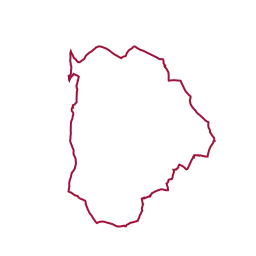 the district of Silivasu De Campie, Bistrita-Nasaud, Romania, rotated 70°
{"feature_id": "2599482B45748047003023", "entity_name": "Silivasu De Campie", "entity_type": "district", "adm_level": 2, "iso_a3": "ROU", "parent_name": "Romania", "parent_adm1": "Bistrita-Nasaud", "projection": "natural_earth1", "projection_center": [24.285, 46.784], "detail": "fine", "context": "isolated", "style": "outline", "palette": "rose", "viewbox_px": 256, "rotation_deg": 70, "n_neighbors": 0, "source": "geoboundaries", "source_scale": "gbopen_adm2", "svg_char_len": 5757}
<svg xmlns="http://www.w3.org/2000/svg" viewBox="0 0 256 256"><g transform="rotate(70 128 128)"><path d="M195.5,193.0L196.8,192.5L197.8,192.2L201.7,191.4L203.6,190.9L204.7,190.6L205.6,190.3L206.3,190.0L206.8,189.6L206.5,188.4L206.5,187.7L206.5,187.0L206.6,186.2L206.8,185.4L207.4,183.4L207.9,182.4L208.9,181.2L212.9,175.6L214.6,174.0L215.9,172.8L216.9,171.5L217.4,170.5L217.7,169.6L218.1,167.4L218.3,165.7L218.6,164.7L219.5,164.3L219.6,163.6L218.8,162.7L218.6,162.4L218.4,160.5L218.3,159.9L218.1,159.4L218.0,158.4L217.8,158.1L217.9,157.8L218.2,156.9L218.3,154.6L218.5,152.6L218.5,152.2L218.5,151.3L218.5,150.4L217.8,150.0L217.4,149.6L217.0,149.1L216.6,148.9L215.9,148.1L215.0,147.4L214.6,147.2L214.0,146.7L213.2,145.6L212.7,145.1L211.6,144.1L210.8,143.2L210.5,142.8L209.7,142.8L208.9,142.7L208.2,142.4L207.4,141.9L206.4,141.1L205.1,140.3L204.7,139.8L204.3,140.0L203.1,139.9L199.1,139.2L199.0,136.7L199.7,136.8L199.5,134.9L199.6,133.3L199.4,131.6L199.6,131.4L199.9,131.1L200.0,130.9L200.0,130.6L199.9,130.4L199.0,130.3L198.8,130.2L198.7,129.7L198.7,129.3L198.5,129.0L197.9,128.3L197.5,128.1L196.9,123.9L196.8,120.6L197.0,117.5L197.2,117.0L199.0,114.4L199.5,113.6L200.1,111.7L198.7,111.3L197.5,110.9L196.9,110.9L195.8,110.9L193.4,110.8L192.5,108.9L192.0,108.3L191.4,108.1L190.6,107.6L190.6,106.9L190.5,106.0L190.8,105.1L191.0,104.3L190.1,103.4L189.3,102.8L187.9,102.2L186.8,101.3L185.5,100.1L184.6,99.8L183.6,99.6L182.9,99.6L183.3,98.8L183.3,98.3L183.1,97.9L183.1,97.6L183.3,97.4L183.4,97.2L183.5,96.9L183.3,96.4L183.0,96.1L182.8,95.8L182.8,95.6L182.7,95.2L182.4,94.3L181.6,93.9L180.8,93.4L180.4,92.9L180.0,92.3L181.4,90.8L182.5,89.8L183.9,88.8L185.9,87.9L186.3,87.7L186.5,87.5L186.9,87.1L186.9,86.9L186.9,86.4L186.5,85.8L186.1,85.4L185.8,85.2L185.6,84.9L184.4,83.6L183.0,82.3L181.2,80.5L179.7,79.0L178.9,78.0L178.7,77.6L178.3,77.1L178.2,76.9L177.9,76.8L178.1,76.6L178.3,76.5L178.4,76.2L176.2,75.1L176.3,74.7L176.7,73.9L176.9,73.5L177.3,72.7L177.5,71.9L177.5,71.3L178.2,70.7L178.5,70.3L178.5,70.0L178.4,69.5L178.6,69.1L179.7,67.5L180.8,65.8L181.6,64.3L182.1,63.0L180.9,62.4L176.7,59.5L175.5,58.5L174.9,57.9L174.0,57.0L171.9,54.3L171.4,53.5L170.7,52.7L169.6,52.2L169.4,51.5L169.6,51.0L169.4,51.0L168.7,51.0L166.8,50.5L166.4,50.6L165.4,50.9L164.2,51.4L159.9,52.4L159.8,52.2L158.7,51.9L157.1,51.8L155.9,52.0L155.4,52.2L154.4,51.9L153.7,51.9L152.2,51.4L151.6,51.1L150.9,50.7L150.1,50.4L148.6,51.8L147.5,52.6L140.3,56.2L138.9,57.2L136.7,58.2L135.3,58.5L134.5,58.7L132.9,59.5L130.3,60.4L128.1,60.9L126.2,61.0L124.8,60.7L124.2,60.7L123.3,60.4L122.8,60.2L122.6,60.1L121.7,59.3L121.3,59.1L121.1,58.9L120.5,58.8L119.7,58.4L117.3,59.7L115.0,60.5L113.6,61.2L110.9,61.6L101.5,62.5L98.7,68.7L97.4,73.5L95.4,72.9L93.7,72.2L91.1,71.4L90.1,71.1L88.6,71.1L85.8,71.6L82.4,72.6L82.2,71.7L79.3,72.5L77.5,71.8L76.2,71.6L75.6,71.5L74.9,72.6L74.6,73.3L74.2,74.5L73.4,75.5L73.0,75.6L72.0,76.4L60.4,87.5L59.3,89.0L58.0,90.4L57.5,90.7L56.1,92.0L54.2,93.2L53.7,93.8L53.5,94.5L53.6,94.9L53.8,95.6L54.3,96.7L54.6,97.5L54.9,99.3L55.4,100.9L57.1,103.3L58.0,104.2L58.9,104.9L59.4,105.2L59.6,105.6L59.4,108.0L59.5,109.1L60.1,110.5L54.7,115.1L53.5,116.1L48.2,119.4L45.9,121.3L42.9,124.8L41.8,126.2L41.3,128.0L41.4,130.7L41.9,131.5L43.1,135.0L43.3,135.2L43.5,136.1L43.8,137.7L44.0,138.6L44.4,139.6L44.9,140.9L45.1,141.6L45.4,142.3L46.1,143.4L46.7,144.0L47.4,144.7L48.1,145.4L48.3,145.9L48.9,148.5L49.3,149.6L49.6,150.8L49.5,151.8L48.5,152.8L47.8,153.1L46.1,153.5L45.3,153.7L45.0,154.1L43.4,154.9L42.4,155.0L41.0,155.0L40.6,155.0L40.2,155.1L39.1,155.3L38.2,155.5L36.4,155.5L36.9,155.9L38.2,156.7L40.5,157.4L41.4,157.7L42.4,158.0L43.2,158.6L43.8,158.7L44.4,159.0L45.0,159.2L45.3,159.4L46.6,159.5L47.8,159.8L48.4,159.9L49.0,160.3L49.3,160.3L49.6,160.2L50.0,160.1L50.5,160.2L51.7,160.5L53.5,161.3L54.7,162.1L55.7,162.4L57.1,162.9L57.7,163.3L58.2,163.8L58.5,164.5L58.9,166.0L59.4,165.8L59.7,165.8L60.1,166.0L60.7,166.4L61.7,166.7L62.8,167.0L63.3,166.9L62.3,166.1L61.5,165.1L60.9,164.5L60.3,163.6L60.1,162.8L60.0,162.5L58.9,161.1L58.5,160.7L59.9,159.4L61.6,157.5L62.4,157.1L63.0,156.7L64.6,157.7L65.3,158.3L66.1,158.7L66.1,159.0L66.6,159.3L67.1,159.4L68.6,160.5L69.5,160.9L69.8,161.2L70.1,161.7L70.4,161.9L71.2,162.2L71.6,162.2L71.9,162.1L72.1,162.2L72.3,162.4L72.7,162.5L73.9,162.3L74.4,162.4L76.3,163.5L78.1,164.4L78.8,164.6L81.4,165.7L83.1,166.4L83.9,166.7L86.1,167.4L86.3,167.6L86.5,168.2L87.0,169.1L87.4,169.7L87.7,170.4L87.7,171.3L87.7,171.7L87.8,172.0L88.5,172.3L89.9,172.6L89.5,173.1L90.5,174.1L90.9,174.4L91.9,174.8L92.4,174.9L93.1,174.9L94.1,174.5L94.5,174.4L95.3,174.4L96.4,174.7L97.7,175.7L100.4,177.2L101.0,177.8L101.6,178.4L101.9,178.6L102.9,179.5L106.6,181.1L108.6,181.8L109.7,182.3L112.3,183.2L113.9,183.7L115.1,184.4L119.1,186.1L119.4,186.4L120.7,186.8L122.1,186.9L124.3,186.9L125.1,186.8L127.5,186.8L129.7,186.7L130.5,186.8L131.4,187.1L132.6,187.7L133.5,188.0L133.9,188.1L137.8,187.8L139.0,187.8L139.3,187.8L140.1,188.0L140.3,188.1L140.8,188.3L141.1,188.4L142.4,188.7L143.5,189.1L144.0,189.3L145.1,190.0L146.0,190.6L147.0,191.3L147.4,191.5L148.0,192.0L148.3,192.3L148.7,192.9L149.4,193.7L149.7,194.1L150.6,195.7L151.2,196.4L153.2,197.6L154.6,198.5L156.5,200.0L156.9,200.4L159.1,201.8L159.4,201.8L160.0,202.2L161.4,202.7L162.5,203.0L163.2,203.3L163.5,203.4L164.0,203.8L167.3,205.6L167.7,205.3L168.2,204.9L168.7,204.1L168.8,203.9L169.5,203.4L170.1,202.9L170.5,202.6L171.9,201.8L172.8,201.1L173.7,200.2L174.4,198.8L174.8,198.7L175.4,198.4L176.7,198.0L177.1,197.8L178.1,196.9L179.2,195.7L179.5,195.3L180.9,194.0L181.3,193.5L181.7,193.2L182.2,193.0L182.6,193.0L184.0,193.4L185.6,193.9L185.8,193.6L186.3,193.6L187.3,193.8L187.7,193.8L188.2,193.6L188.9,193.5L190.2,193.7L190.6,193.7L192.3,193.4L193.1,193.4L194.7,193.2L195.5,193.0Z" fill="none" stroke="#9f1239" stroke-width="2"/></g></svg>